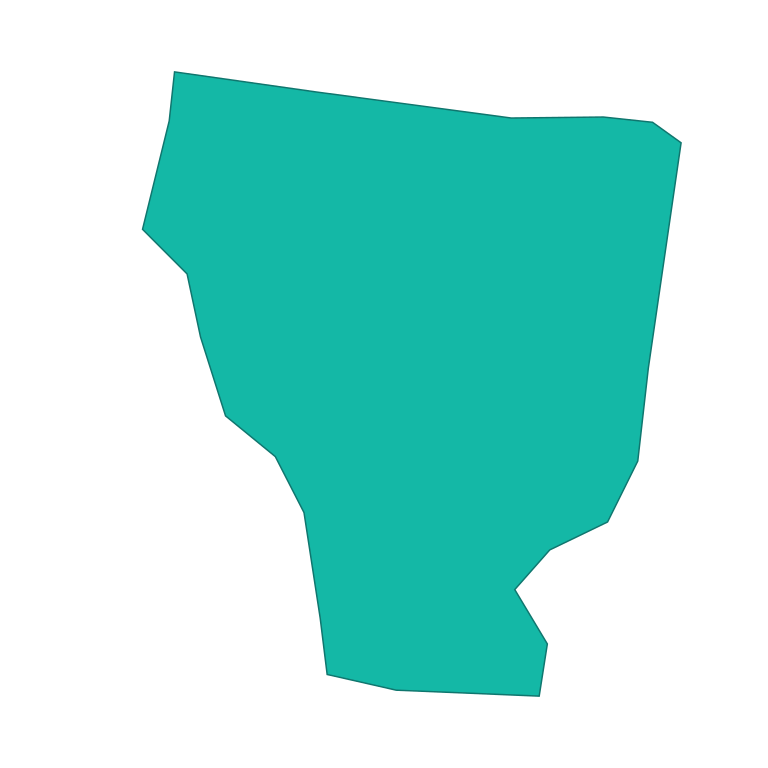 outline of Munkfors, Värmland, Sweden, rotated 99°
{"feature_id": "70781695B82922715808284", "entity_name": "Munkfors", "entity_type": "district", "adm_level": 2, "iso_a3": "SWE", "parent_name": "Sweden", "parent_adm1": "Värmland", "projection": "orthographic", "projection_center": [13.521, 59.825], "detail": "fine", "context": "isolated", "style": "filled", "palette": "teal", "viewbox_px": 768, "rotation_deg": 99, "n_neighbors": 0, "source": "geoboundaries", "source_scale": "gbopen_adm2", "svg_char_len": 455}
<svg xmlns="http://www.w3.org/2000/svg" viewBox="0 0 768 768"><g transform="rotate(99 384 384)"><path d="M108.5,639.7L157.8,637.3L269.0,646.7L306.1,595.7L366.2,572.6L440.3,535.5L472.7,480.0L523.5,442.9L625.2,410.4L679.8,394.7L684.5,324.0L668.0,181.9L615.2,182.0L566.6,222.7L521.9,194.3L485.3,141.6L420.4,121.3L327.1,125.4L99.3,128.3L83.5,159.7L86.0,209.1L101.4,300.0L106.2,497.7L108.5,639.7Z" fill="#14b8a6" stroke="#0f766e" stroke-width="1.5"/></g></svg>